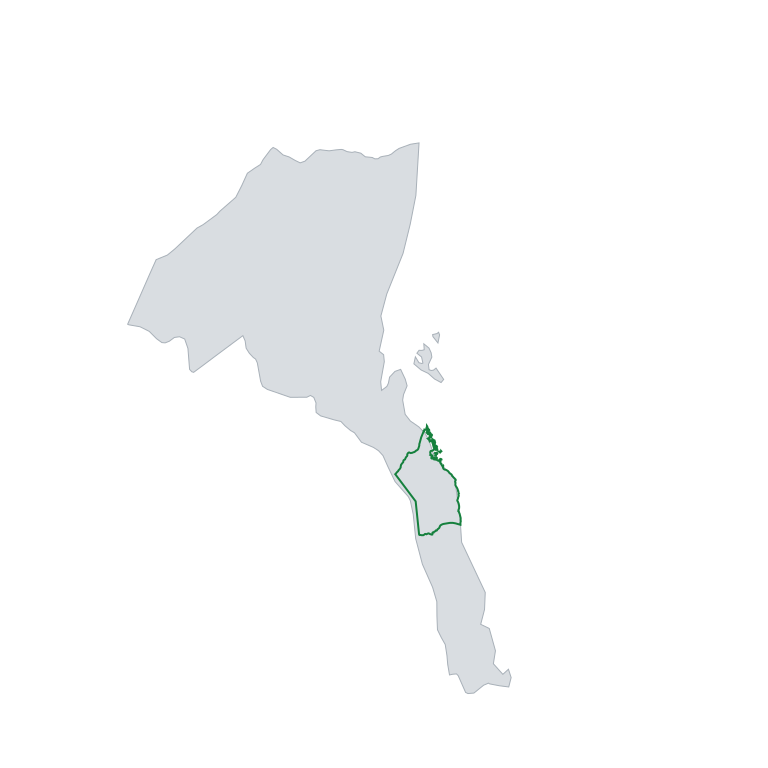 location of Araeta, Debubawi Keyih Bahri, Eritrea, rotated 30°
{"feature_id": "51966322B42999406046920", "entity_name": "Araeta", "entity_type": "district", "adm_level": 2, "iso_a3": "ERI", "parent_name": "Eritrea", "parent_adm1": "Debubawi Keyih Bahri", "projection": "mercator", "projection_center": [40.88, 14.412], "detail": "fine", "context": "in_parent", "style": "outline", "palette": "green", "viewbox_px": 768, "rotation_deg": 30, "n_neighbors": 0, "source": "geoboundaries", "source_scale": "gbopen_adm2", "svg_char_len": 8202}
<svg xmlns="http://www.w3.org/2000/svg" viewBox="0 0 768 768"><g transform="rotate(30 384 384)"><path d="M132.1,460.4L129.6,437.4L127.9,422.0L126.1,405.7L124.5,390.2L131.9,380.7L135.3,371.7L144.1,342.4L147.6,336.6L154.5,320.8L155.5,316.3L162.3,296.4L161.6,283.2L160.3,269.8L164.0,261.9L167.3,255.6L167.1,250.2L168.6,237.7L169.7,234.6L173.7,234.4L182.1,236.1L188.3,234.8L195.4,234.8L200.8,234.4L204.1,230.6L208.5,216.0L211.4,213.1L213.6,212.2L219.9,209.5L225.3,205.3L229.7,202.2L231.3,201.6L235.9,201.2L240.5,199.4L242.7,197.4L248.5,195.7L254.2,196.6L258.1,194.8L260.6,193.7L263.5,193.6L266.2,191.9L267.3,189.3L269.0,187.6L273.5,183.9L275.5,181.1L276.5,178.3L277.4,176.1L279.3,172.4L287.1,163.1L293.8,157.7L317.3,204.7L326.8,232.5L335.2,261.4L341.4,304.7L347.3,326.7L356.9,337.5L363.4,358.0L369.0,358.8L373.1,364.5L380.0,383.7L385.1,390.8L387.7,384.7L387.4,381.1L385.4,375.2L387.2,367.6L391.1,363.0L400.0,369.2L404.9,374.0L406.2,383.4L408.2,388.6L417.5,399.7L425.4,402.9L435.6,403.7L444.1,406.2L450.9,410.2L463.7,421.5L493.0,431.3L516.5,461.5L530.4,482.3L575.9,513.9L583.8,529.0L587.9,543.8L597.4,543.1L613.9,559.3L618.6,571.6L632.1,576.0L634.4,568.8L640.9,574.7L643.5,584.0L634.9,587.6L625.4,590.9L624.1,590.8L620.9,595.0L616.4,606.7L611.5,610.1L608.9,610.3L594.1,599.5L591.8,598.8L588.6,601.0L586.2,603.2L579.4,595.0L574.3,587.7L567.3,579.0L560.5,575.0L553.2,570.1L546.0,558.7L538.6,546.1L527.8,535.8L507.4,520.9L488.8,502.1L474.5,482.3L465.3,472.0L461.4,469.4L442.4,463.0L429.1,453.9L418.9,446.5L412.6,444.5L406.5,444.2L393.6,445.7L382.8,441.0L378.3,441.0L371.1,439.7L365.4,438.0L358.7,440.0L345.1,443.3L339.5,442.6L336.4,438.0L334.6,434.4L329.9,430.7L326.0,430.7L323.8,434.0L309.5,442.4L285.7,447.0L280.0,446.7L275.8,443.3L263.7,429.0L260.3,426.6L257.6,426.4L252.0,424.7L246.7,421.9L242.2,416.1L237.6,412.7L232.6,424.2L223.9,444.4L219.3,455.2L213.3,469.1L211.4,469.5L208.3,468.5L196.4,451.2L188.9,444.7L183.3,445.3L179.2,448.5L176.7,454.3L173.9,457.8L170.9,459.2L164.4,458.5L154.4,455.8L144.1,456.4L133.5,460.3L132.1,460.4ZM412.7,344.8L415.9,349.1L418.1,348.7L419.9,347.3L421.1,344.2L433.4,350.2L432.7,354.2L425.3,354.4L416.9,352.7L409.1,353.3L399.8,351.6L397.6,344.8L403.6,348.1L406.6,347.3L407.2,346.4L403.0,341.8L397.1,340.9L397.5,337.3L400.1,335.9L401.7,334.2L398.4,329.3L405.0,330.4L409.2,333.4L412.0,336.8L412.7,344.8ZM407.6,313.7L410.2,321.5L402.7,318.5L401.4,316.9L404.7,313.8L405.4,311.9L407.6,313.7Z" fill="#d9dde1" stroke="#a8b0b8" stroke-width="1"/><path d="M520.6,467.7L520.4,467.3L519.9,466.6L519.4,465.5L519.1,464.4L518.4,463.6L517.8,462.4L517.3,461.6L514.1,458.3L513.5,458.0L512.8,457.3L512.5,457.2L511.9,457.0L511.6,456.1L511.6,455.9L511.4,455.6L511.4,455.4L511.3,455.2L511.3,454.4L510.6,452.9L509.7,451.6L508.4,450.2L507.2,449.2L506.1,448.6L505.6,448.1L505.3,446.1L505.0,445.4L504.7,443.7L504.4,443.1L504.0,442.9L503.7,442.4L503.7,442.1L503.5,441.9L503.5,441.4L503.2,441.4L502.4,440.2L501.9,439.9L501.8,439.6L501.4,439.5L501.2,439.1L500.8,438.8L500.6,438.5L499.1,437.4L498.6,437.2L498.3,437.0L496.6,436.1L496.2,435.6L495.3,433.8L494.9,433.4L494.5,433.2L494.4,432.8L494.2,432.1L494.2,431.4L494.0,431.1L493.5,430.8L492.8,430.7L492.2,430.4L490.7,430.1L490.0,429.7L488.9,429.5L488.3,428.9L487.6,428.6L485.1,428.3L483.9,427.7L483.0,427.4L481.2,427.3L480.4,427.4L479.3,427.8L478.5,427.8L478.0,427.7L476.8,426.9L476.3,426.0L476.3,425.3L476.2,425.2L476.1,425.5L475.8,425.7L475.3,425.8L474.8,425.6L473.9,424.6L473.6,424.5L473.4,424.7L473.1,424.6L472.7,424.4L472.5,424.1L472.1,423.9L471.7,422.9L471.4,422.8L471.2,422.8L471.1,423.0L470.7,423.2L469.5,422.8L469.2,423.3L468.9,423.4L467.2,423.3L466.8,423.2L466.5,422.9L465.9,422.9L465.6,423.3L466.2,423.5L466.2,423.8L465.8,423.9L465.2,424.3L464.8,424.2L464.6,423.6L464.3,423.5L464.3,423.8L464.2,423.5L463.7,423.4L463.3,423.8L463.4,424.2L463.3,424.3L463.1,424.4L462.9,424.6L462.1,424.5L461.9,423.8L461.6,423.6L461.6,423.2L461.9,422.9L462.6,423.1L462.1,422.7L461.9,422.0L461.6,421.8L461.3,421.8L461.4,422.0L461.0,422.1L460.6,422.2L460.3,422.2L459.5,422.3L459.5,421.7L459.1,421.1L458.4,420.5L457.9,419.2L458.1,418.5L459.3,417.6L459.6,416.9L459.8,416.3L459.7,415.2L459.8,414.2L459.6,414.0L459.7,413.6L459.5,413.2L459.2,413.1L459.1,414.1L458.5,413.8L456.4,411.5L455.1,410.5L454.8,409.6L454.5,409.4L454.3,409.4L454.0,409.7L453.3,409.8L452.6,410.6L452.4,410.1L452.0,410.3L451.9,410.0L451.7,409.7L451.4,409.9L451.2,409.7L450.6,409.8L450.1,409.6L449.4,409.4L449.6,409.2L449.7,408.9L450.1,408.8L450.6,407.7L450.8,407.5L450.9,407.1L451.0,406.8L450.8,406.6L450.7,406.3L450.9,406.4L451.1,406.7L451.1,406.8L451.5,406.5L451.5,406.2L451.1,405.4L451.1,404.2L450.8,404.0L450.6,404.1L450.4,404.8L450.7,404.7L450.7,404.3L450.9,404.9L450.5,405.1L450.5,405.5L450.4,405.5L449.9,406.1L449.9,405.8L449.7,405.9L449.6,405.1L449.3,404.8L448.8,404.7L448.2,404.7L447.9,404.8L448.1,404.8L447.9,405.1L447.2,405.3L447.6,405.4L447.4,405.5L446.9,405.4L446.0,404.4L445.7,404.3L445.6,404.0L445.1,403.8L444.9,403.2L445.1,402.7L445.3,401.8L444.8,401.5L445.2,401.7L445.6,401.6L445.6,402.4L445.6,402.6L445.8,402.3L445.7,402.0L445.8,401.9L445.8,401.5L446.2,401.4L445.9,401.0L445.1,401.0L444.4,400.5L444.1,400.6L443.2,399.8L442.8,399.2L442.2,398.9L442.4,399.3L442.6,399.9L442.9,400.2L442.8,400.7L443.1,400.8L443.5,401.5L443.6,401.3L443.9,401.4L443.8,401.6L444.0,401.7L443.7,402.1L443.8,401.7L443.6,401.6L443.4,402.2L443.6,402.0L443.7,402.3L443.4,402.3L442.7,402.6L442.0,403.1L442.3,403.3L442.1,403.6L442.3,403.8L442.3,404.2L441.9,404.8L442.3,405.1L442.1,405.3L442.1,405.7L442.9,411.6L444.4,417.3L444.6,418.3L445.4,419.8L446.1,423.1L446.0,424.1L445.3,425.5L445.0,425.8L444.8,426.7L444.2,427.9L443.6,428.4L443.0,429.3L441.6,430.5L440.0,430.7L439.7,431.0L439.3,432.0L439.3,433.3L439.9,434.2L440.0,434.9L439.7,436.0L439.7,437.3L439.9,438.8L439.4,439.6L439.1,440.4L439.2,440.8L439.7,442.1L439.3,444.1L439.2,445.5L439.7,447.1L440.1,447.8L440.2,448.9L440.1,449.9L439.7,451.6L439.8,452.4L439.3,454.0L439.0,456.3L438.9,456.5L470.1,469.8L489.5,496.6L490.1,497.0L490.5,496.9L491.0,496.5L492.0,496.2L493.6,495.3L494.1,494.5L494.5,493.4L494.9,493.1L495.9,492.9L496.6,491.8L497.1,491.2L497.6,491.0L498.6,491.0L500.6,490.6L501.1,490.2L500.9,489.4L500.4,488.7L500.4,488.4L500.5,488.1L501.3,487.7L501.3,486.9L502.1,485.8L502.1,485.0L502.6,484.8L502.9,484.6L503.0,484.3L503.0,483.2L503.7,481.4L503.8,480.6L503.5,479.3L503.6,478.2L504.2,477.0L505.3,475.6L510.4,471.4L512.9,469.9L515.7,468.9L520.6,467.7ZM455.3,407.7L454.0,407.6L454.4,407.9L454.6,407.8L454.8,407.9L454.0,408.4L454.2,408.5L454.4,408.4L454.4,408.7L454.6,408.7L454.6,408.9L454.9,409.3L455.7,408.7L456.3,409.2L457.2,409.4L456.7,410.3L456.8,410.4L457.1,410.0L457.2,409.6L457.6,409.5L457.4,409.0L456.0,407.6L455.8,407.6L455.6,407.8L455.3,407.7ZM460.5,411.4L459.3,411.5L459.2,411.7L459.4,411.6L459.8,411.6L459.7,411.8L460.0,412.0L460.0,412.5L460.5,412.7L461.1,412.6L461.2,412.8L461.0,413.2L460.7,413.1L460.6,413.3L460.9,413.4L460.4,413.6L460.6,413.8L461.1,413.3L461.5,413.4L461.5,412.5L461.4,411.9L460.5,411.4ZM462.6,418.3L463.4,418.1L463.9,418.3L464.1,418.1L464.7,418.0L465.0,417.9L465.0,417.5L464.6,417.2L464.2,417.1L463.8,417.3L463.8,417.6L463.3,418.1L462.6,418.2L462.6,418.3ZM471.3,420.4L470.4,420.6L470.2,420.7L470.1,421.1L470.5,421.0L470.9,421.2L471.3,421.1L471.6,420.8L471.5,420.5L471.3,420.4ZM464.4,419.6L463.9,420.1L464.3,420.4L464.8,420.2L464.7,419.7L464.4,419.6ZM461.3,414.8L461.1,414.2L460.7,414.5L460.7,414.9L460.9,414.8L461.1,415.1L460.8,415.1L460.7,415.3L461.3,415.2L461.3,414.8ZM466.6,421.4L466.1,421.5L466.1,421.9L466.6,421.9L466.7,421.7L466.8,421.6L466.6,421.4ZM465.4,422.8L464.9,422.9L464.9,423.2L465.3,423.2L465.5,423.0L465.4,422.8ZM465.9,415.1L465.7,414.8L465.3,415.0L465.9,415.1ZM458.2,411.0L457.7,411.0L457.4,411.1L458.1,411.1L458.2,411.4L458.3,411.2L458.2,411.0ZM467.2,413.9L467.3,413.6L467.0,413.5L467.2,413.9ZM462.5,414.0L462.8,414.1L462.8,413.8L462.6,413.7L462.5,414.0ZM457.5,411.2L457.4,411.1L457.0,411.3L457.0,411.5L457.5,411.2ZM448.4,403.2L448.2,403.1L447.8,403.2L448.3,403.3L448.0,403.3L448.4,403.2ZM447.0,403.4L447.5,403.2L446.9,403.3L447.0,403.3L447.0,403.4ZM462.9,423.4L463.0,423.2L462.7,423.3L462.9,423.4ZM446.5,403.8L446.9,403.5L446.5,403.6L446.5,403.8Z" fill="none" stroke="#15803d" stroke-width="2"/></g></svg>